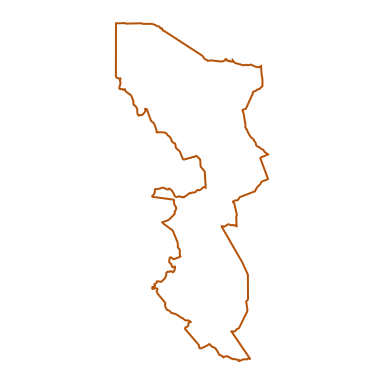 SVG path tracing the border of Eastern
{"feature_id": "KEN-889", "entity_name": "Eastern", "entity_type": "National Capital Area", "adm_level": 1, "iso_a3": "KEN", "parent_name": "Kenya", "parent_adm1": "", "projection": "albers", "projection_center": [37.864, 0.691], "detail": "fine", "context": "isolated", "style": "outline", "palette": "amber", "viewbox_px": 384, "rotation_deg": 0, "n_neighbors": 0, "source": "natural_earth", "source_scale": "10m", "svg_char_len": 6026}
<svg xmlns="http://www.w3.org/2000/svg" viewBox="0 0 384 384"><path d="M124.5,23.0L125.8,23.6L126.3,23.6L141.6,23.3L143.0,23.9L151.6,23.9L154.3,24.6L157.4,26.2L159.3,26.6L159.7,27.0L160.4,28.2L160.7,28.4L161.6,28.3L162.0,28.4L162.2,28.8L162.8,30.5L163.6,30.6L202.1,55.6L203.0,56.5L204.1,58.3L204.8,59.1L205.4,59.4L206.7,59.9L207.7,60.8L208.3,60.8L209.7,60.5L211.1,60.4L220.6,61.5L223.1,61.2L225.3,60.2L225.5,59.2L225.9,59.0L227.0,59.8L227.3,60.3L227.6,60.9L228.8,61.1L229.7,60.8L229.8,61.2L230.0,61.4L232.6,61.6L232.7,60.3L233.9,61.9L234.6,62.6L235.4,63.1L243.1,65.2L244.3,65.2L246.2,64.8L246.9,64.9L247.6,65.2L248.3,65.2L250.8,64.6L255.9,66.8L257.6,67.2L259.3,67.2L261.0,66.1L261.7,75.2L262.1,76.8L262.4,79.3L262.5,85.3L262.3,86.4L261.1,87.2L260.1,88.5L259.7,88.8L257.1,89.7L255.7,90.9L254.1,91.4L253.2,92.0L252.7,92.7L252.6,94.6L252.1,95.0L246.5,107.5L245.6,108.9L243.2,109.6L242.7,109.9L242.5,110.8L243.5,113.1L244.1,115.9L244.3,118.3L245.4,123.7L245.3,127.3L245.9,128.1L246.1,128.8L246.9,129.5L247.1,129.9L247.7,131.8L249.1,134.5L250.9,137.3L252.7,138.6L253.5,139.4L254.4,141.2L255.3,142.2L255.7,143.1L256.2,145.1L256.5,145.7L257.3,146.4L259.3,147.2L260.4,148.2L263.1,149.8L263.7,150.4L264.4,151.6L265.4,152.7L266.3,153.1L267.1,153.8L268.1,154.4L268.0,154.5L261.0,157.4L260.3,157.9L260.4,158.4L267.8,178.3L267.9,179.0L267.0,179.6L261.7,181.6L260.0,184.5L259.4,185.1L257.9,186.4L257.3,187.1L256.1,188.9L255.6,189.9L255.3,190.9L255.0,191.3L240.1,197.0L239.5,197.4L238.8,198.8L237.9,200.0L237.5,200.2L234.5,200.6L233.2,201.4L233.0,201.7L233.0,202.2L234.0,202.9L234.2,203.2L236.6,213.6L236.8,215.3L236.2,216.9L236.6,226.2L234.9,225.5L234.7,225.2L233.9,225.4L233.2,225.3L232.6,225.0L231.5,225.3L228.9,224.4L227.7,224.4L225.4,226.1L224.1,226.7L223.0,226.2L222.6,226.4L221.8,226.3L221.8,226.9L242.2,262.2L247.5,273.8L247.9,274.8L248.0,299.1L247.8,299.7L246.3,301.3L246.2,301.9L247.4,309.5L247.3,310.7L247.1,311.7L239.0,328.1L238.3,328.6L237.1,329.0L236.6,329.4L235.5,330.8L234.6,331.4L233.6,331.6L231.6,331.3L231.4,331.4L250.0,358.7L249.9,358.9L249.2,358.8L248.6,358.5L248.2,358.4L247.0,359.4L246.5,359.4L245.9,359.2L244.6,359.4L243.3,359.3L242.8,359.4L241.8,360.2L240.5,360.4L240.0,360.7L239.1,361.0L238.8,360.9L239.0,360.2L238.7,359.9L236.6,359.7L234.8,359.0L232.7,359.2L231.8,358.6L230.6,358.3L229.6,357.4L227.4,356.3L226.4,356.2L225.8,356.6L225.0,356.6L224.0,356.7L223.3,357.3L221.7,355.7L219.5,354.9L219.0,354.4L217.6,351.5L215.7,348.6L214.7,347.7L212.3,346.8L210.9,345.7L209.9,344.4L209.3,344.1L208.7,344.3L208.3,344.8L207.2,345.5L201.8,348.1L200.7,348.4L199.5,348.1L199.0,345.8L198.6,344.7L185.1,329.0L185.0,328.3L185.4,327.7L186.2,327.0L187.4,326.7L187.8,326.4L188.1,325.8L188.6,323.0L189.3,322.5L190.7,322.0L190.6,321.8L190.3,321.5L188.6,320.5L188.0,320.4L186.3,320.5L185.0,320.1L182.2,317.9L180.7,317.4L177.7,315.2L175.2,313.9L173.9,313.5L171.7,313.1L169.8,311.2L168.9,310.5L167.2,309.9L166.8,309.5L166.4,309.0L165.9,308.0L165.1,305.8L165.0,304.8L165.4,303.2L164.8,302.3L158.2,294.4L157.1,292.5L156.7,291.2L157.5,288.9L157.3,288.6L155.7,288.2L155.2,288.2L154.7,288.3L153.0,289.0L152.5,288.9L152.3,288.6L152.2,288.3L152.5,286.8L153.8,287.0L154.2,286.8L154.9,286.0L155.0,285.6L154.3,284.7L154.3,284.4L156.4,282.9L156.8,282.2L156.8,281.5L157.0,281.3L157.2,281.2L160.8,281.8L161.4,281.8L164.9,278.3L165.8,276.3L166.3,274.9L166.2,273.3L166.3,273.0L166.8,272.4L167.8,271.7L169.1,271.8L170.9,271.2L171.4,271.3L172.9,272.3L173.5,271.7L174.7,270.0L174.7,269.1L175.1,267.3L175.1,266.8L174.8,266.5L174.6,266.5L173.2,267.2L172.5,267.2L171.8,266.0L171.2,264.1L170.9,263.8L169.3,262.4L169.2,261.6L169.6,258.3L169.8,257.7L170.6,257.4L171.1,257.4L173.2,259.0L173.6,259.1L174.0,259.1L179.9,256.9L180.4,256.6L180.5,256.4L180.1,255.8L179.8,254.6L179.8,249.8L179.4,249.2L178.0,247.5L177.8,247.1L177.8,243.2L177.6,242.5L172.9,230.9L172.6,230.5L163.3,223.5L162.3,222.4L163.6,221.8L167.9,220.3L169.5,219.2L174.5,214.1L174.6,213.6L174.8,211.4L175.9,209.7L176.2,208.1L176.1,207.6L175.5,206.3L174.5,204.8L174.2,203.9L174.0,200.3L173.7,199.7L173.2,199.6L153.0,196.9L152.5,196.8L152.3,196.7L152.2,196.4L152.3,195.9L153.1,195.2L153.9,194.2L154.2,193.3L154.8,192.6L154.9,191.9L154.8,190.3L155.0,189.5L155.4,189.1L156.7,189.2L160.1,188.5L161.1,188.2L162.0,187.7L162.7,187.6L163.4,187.7L164.8,188.4L165.6,188.5L166.2,189.1L166.7,189.4L167.8,189.5L168.2,189.3L168.9,188.7L169.6,188.7L171.6,190.3L173.0,192.4L174.0,194.1L174.3,195.4L175.5,196.7L176.6,197.0L179.4,196.3L179.8,196.3L181.4,197.2L182.0,197.2L183.1,196.9L183.8,197.4L184.0,197.3L184.6,196.6L185.7,196.1L187.3,194.8L188.6,193.9L189.4,193.1L189.7,193.1L190.4,193.3L190.8,193.2L192.2,192.5L193.8,192.6L195.1,192.2L195.8,191.8L196.5,190.7L197.6,190.0L198.2,190.0L198.8,190.3L199.3,190.3L201.1,189.3L203.2,187.3L203.9,187.2L205.7,187.7L204.8,172.2L204.6,171.5L204.1,170.8L201.4,167.6L200.8,166.8L200.6,166.1L200.2,160.0L199.9,159.3L199.4,158.6L196.5,155.9L196.1,155.8L195.3,156.2L194.3,157.0L193.8,157.0L192.8,156.9L192.3,157.0L190.6,158.0L189.8,158.1L188.8,158.0L187.5,158.7L185.7,159.0L184.4,159.5L183.6,159.5L183.2,159.3L182.9,159.0L179.9,151.8L179.1,150.7L177.2,149.2L175.8,147.6L175.3,144.0L175.1,143.6L173.0,142.4L172.1,141.7L171.3,139.5L170.2,137.5L169.4,136.5L167.5,135.1L166.8,133.9L166.3,133.3L164.8,132.6L160.4,132.2L157.0,132.4L156.6,132.3L156.7,130.9L156.3,129.5L154.4,124.3L153.7,123.2L151.1,120.9L150.8,120.3L146.9,109.4L146.6,109.1L146.0,108.9L145.5,108.9L145.0,109.1L145.5,110.4L145.2,111.4L144.7,112.3L142.2,114.9L141.6,115.2L140.4,114.9L139.8,115.0L139.4,115.1L138.8,115.6L137.6,114.3L137.3,112.4L137.3,110.3L137.0,108.5L135.9,106.7L135.2,105.8L133.7,104.9L133.4,103.8L133.3,100.4L132.5,98.9L132.2,97.7L131.7,96.7L130.9,95.2L129.8,94.3L127.4,92.7L125.5,91.1L125.4,90.9L125.1,89.5L124.9,89.2L124.6,89.1L123.8,89.8L123.4,89.9L122.9,89.8L122.4,89.2L122.0,89.0L120.2,89.1L119.5,88.8L119.3,87.9L120.5,83.0L120.5,82.5L119.9,80.5L120.5,78.7L120.3,78.4L118.6,78.5L117.1,77.9L116.3,77.3L115.9,76.2L116.0,23.3L122.5,23.2L124.5,23.0Z" fill="none" stroke="#b45309" stroke-width="2"/></svg>